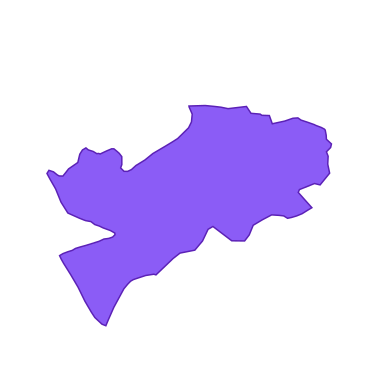 outline of Ikole, Ekiti, Nigeria, rotated 245°
{"feature_id": "59680162B9357675593038", "entity_name": "Ikole", "entity_type": "district", "adm_level": 2, "iso_a3": "NGA", "parent_name": "Nigeria", "parent_adm1": "Ekiti", "projection": "robinson", "projection_center": [5.536, 7.881], "detail": "fine", "context": "isolated", "style": "filled", "palette": "violet", "viewbox_px": 384, "rotation_deg": 245, "n_neighbors": 0, "source": "geoboundaries", "source_scale": "gbopen_adm2", "svg_char_len": 1871}
<svg xmlns="http://www.w3.org/2000/svg" viewBox="0 0 384 384"><g transform="rotate(245 192 192)"><path d="M263.1,68.8L260.8,69.0L252.4,69.7L238.1,69.0L225.4,70.6L223.3,72.4L215.7,79.0L213.4,81.2L212.5,82.0L211.0,83.5L207.9,87.9L203.6,90.1L200.3,93.6L197.0,96.3L191.5,101.8L187.4,104.7L185.8,104.1L184.7,101.0L185.1,97.2L185.6,95.4L186.6,92.3L186.6,87.0L188.4,73.5L189.5,67.0L190.1,62.6L189.7,58.8L190.3,54.4L190.7,49.1L190.4,45.8L190.3,45.1L186.6,45.1L186.4,45.1L181.4,45.5L168.5,47.1L153.9,48.5L138.3,48.8L125.5,50.0L119.3,50.9L110.3,54.5L107.2,57.4L111.3,61.9L120.5,72.4L133.1,89.4L135.6,94.7L137.1,98.6L137.4,101.7L137.1,104.7L135.9,114.8L133.6,122.7L132.1,124.3L139.7,146.7L141.7,155.3L138.1,170.0L143.2,180.9L151.4,190.8L151.9,196.4L131.0,207.4L125.4,219.0L128.9,225.7L136.0,233.4L137.1,244.2L137.6,254.5L134.0,261.1L131.6,265.0L127.8,267.5L126.9,271.3L126.1,276.6L125.8,282.6L126.6,289.1L127.1,294.0L146.7,288.1L148.8,290.4L147.9,306.6L144.3,311.1L150.9,324.7L159.9,326.8L166.9,330.5L171.6,330.8L173.7,336.4L176.6,338.7L183.0,336.1L186.7,337.6L191.8,338.9L193.0,338.6L195.8,336.5L200.2,332.2L201.3,331.4L206.3,326.3L211.1,321.2L214.4,319.3L216.2,314.6L217.1,306.0L219.9,293.6L228.6,294.4L232.0,287.7L233.8,286.7L238.4,278.7L246.5,277.5L252.3,259.9L256.6,254.1L260.0,248.6L264.8,240.5L271.2,225.6L270.3,225.3L262.5,225.1L255.7,221.1L251.6,216.0L250.9,214.0L246.5,201.6L245.6,194.7L244.7,186.3L243.4,172.8L240.9,162.8L239.7,152.4L237.9,146.6L237.9,142.4L239.5,139.1L244.0,137.5L246.5,140.0L253.7,143.3L257.8,142.4L260.1,141.4L264.1,139.5L265.1,137.5L265.3,132.4L265.3,124.8L266.4,123.7L267.0,121.9L270.5,119.6L274.0,115.8L276.8,114.5L276.4,110.5L273.7,106.3L270.2,103.5L267.0,101.0L266.0,95.2L265.1,89.9L262.7,85.2L261.0,81.7L262.7,78.4L264.3,77.2L268.8,75.0L272.1,71.5L270.1,68.4L266.0,68.6L263.1,68.8Z" fill="#8b5cf6" stroke="#5b21b6" stroke-width="1.5"/></g></svg>